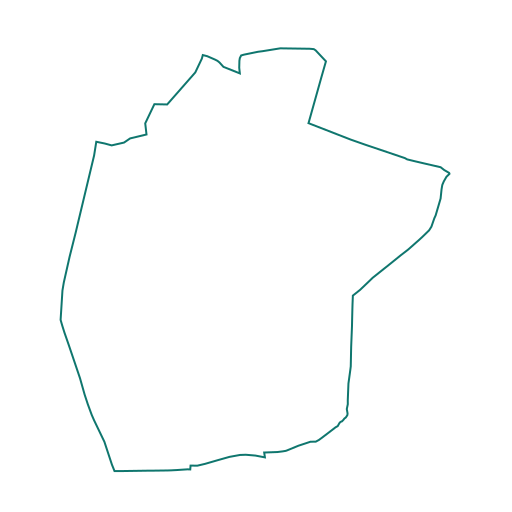 Santa Lucía, San Juan, Argentina (Mercator projection), rotated 264°
{"feature_id": "61730980B73949498906302", "entity_name": "Santa Lucía", "entity_type": "district", "adm_level": 2, "iso_a3": "ARG", "parent_name": "Argentina", "parent_adm1": "San Juan", "projection": "mercator", "projection_center": [-68.469, -31.538], "detail": "fine", "context": "isolated", "style": "outline", "palette": "teal", "viewbox_px": 512, "rotation_deg": 264, "n_neighbors": 0, "source": "geoboundaries", "source_scale": "gbopen_adm2", "svg_char_len": 1917}
<svg xmlns="http://www.w3.org/2000/svg" viewBox="0 0 512 512"><g transform="rotate(264 256 256)"><path d="M317.5,457.0L318.1,456.9L318.5,456.7L321.0,453.3L321.8,452.2L325.0,448.9L330.7,432.3L333.8,423.4L336.3,416.4L337.8,414.3L355.4,376.0L361.9,362.3L382.6,322.1L425.9,339.3L442.3,345.9L454.3,336.8L455.7,335.1L456.5,331.0L460.0,301.8L459.0,283.9L458.9,279.4L457.5,265.0L457.3,263.9L457.0,262.2L454.5,260.6L451.9,259.9L445.0,259.0L439.3,259.0L447.5,243.4L452.3,239.9L454.1,238.1L455.6,235.8L459.8,228.4L461.4,224.1L458.0,222.8L444.9,214.8L416.0,183.5L417.6,170.8L399.5,159.7L388.3,159.8L386.1,143.1L382.6,136.6L381.1,124.0L383.7,117.3L386.3,109.1L372.9,105.5L307.2,82.3L298.1,79.1L274.9,70.6L249.8,62.1L241.9,59.9L212.9,55.0L209.4,55.6L206.7,56.1L199.8,57.5L187.0,60.5L170.6,64.2L152.8,68.2L136.0,71.1L126.8,73.1L126.7,73.1L115.2,76.0L109.5,77.8L87.1,85.8L63.6,90.9L56.9,92.8L56.6,95.4L56.1,100.5L53.9,124.9L53.4,129.9L52.2,143.0L51.9,146.4L51.7,149.3L51.4,155.0L51.0,165.5L50.6,168.3L54.4,169.0L53.6,175.7L54.6,183.6L56.9,196.4L59.0,208.6L59.8,219.3L59.4,225.1L57.6,234.5L54.8,243.8L59.7,243.6L58.8,256.8L58.9,261.9L59.1,265.3L59.4,266.5L62.9,278.4L64.5,285.8L65.6,290.8L65.1,296.0L66.5,299.4L71.4,307.6L77.3,317.2L77.9,318.6L78.3,319.5L80.7,321.2L81.2,321.6L82.0,322.5L82.5,323.7L82.6,324.3L82.8,324.5L84.0,325.9L85.1,326.9L86.0,328.4L86.4,328.8L86.6,328.9L88.0,330.1L88.5,330.3L89.9,330.6L94.3,330.3L99.0,331.8L103.0,332.2L119.5,334.6L128.0,336.7L132.5,337.8L136.3,338.7L151.4,340.6L156.1,341.2L176.0,344.1L183.1,345.0L191.6,346.1L197.6,346.9L206.5,348.2L211.4,355.9L219.5,366.4L222.1,369.7L235.4,390.5L241.7,400.2L246.0,407.2L246.5,408.0L252.7,416.7L254.6,419.4L256.9,422.5L257.1,422.8L263.4,430.8L266.8,433.5L274.9,437.3L277.6,438.9L287.3,442.9L293.9,445.6L302.9,447.5L306.5,448.5L307.4,448.8L310.6,450.6L314.9,453.7L315.2,454.1L317.0,456.4L317.5,457.0Z" fill="none" stroke="#0f766e" stroke-width="2"/></g></svg>